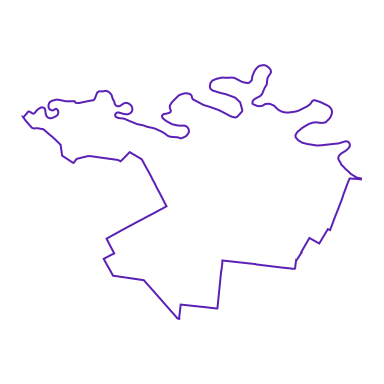 Gherghita, Prahova, Romania (Albers equal-area conic projection)
{"feature_id": "2599482B3655847056384", "entity_name": "Gherghita", "entity_type": "district", "adm_level": 2, "iso_a3": "ROU", "parent_name": "Romania", "parent_adm1": "Prahova", "projection": "albers", "projection_center": [26.262, 44.787], "detail": "fine", "context": "isolated", "style": "outline", "palette": "violet", "viewbox_px": 384, "rotation_deg": 0, "n_neighbors": 0, "source": "geoboundaries", "source_scale": "gbopen_adm2", "svg_char_len": 5883}
<svg xmlns="http://www.w3.org/2000/svg" viewBox="0 0 384 384"><path d="M360.9,179.4L361.0,178.4L358.9,178.0L356.6,177.5L350.9,174.0L348.0,171.1L345.3,168.8L343.2,166.4L341.4,164.8L340.4,162.5L339.3,160.9L338.4,159.2L338.3,157.6L339.0,155.7L341.2,153.5L345.5,150.9L348.6,148.2L349.9,146.0L349.8,144.5L349.6,143.7L348.9,142.5L347.4,141.4L345.6,141.3L338.5,143.4L320.0,145.4L316.6,145.5L311.3,144.6L307.7,144.1L302.5,142.8L298.2,140.3L295.7,137.3L295.4,135.5L296.3,133.6L297.5,131.9L301.8,128.2L305.6,125.8L309.4,123.7L313.5,122.5L316.3,122.3L320.3,122.9L322.9,122.9L325.3,122.4L326.1,121.9L329.5,118.5L330.8,116.5L331.8,113.7L332.0,111.5L331.5,109.5L329.9,107.1L327.7,105.6L320.3,102.0L318.6,101.5L314.4,100.1L312.5,100.8L310.2,104.1L307.1,106.4L298.5,110.7L295.8,111.5L292.0,112.1L287.7,112.6L284.4,112.3L282.0,111.7L279.5,110.5L277.6,109.2L276.1,107.7L274.1,105.7L270.7,104.2L268.5,103.7L265.0,104.1L263.6,105.1L261.8,105.9L259.7,106.2L258.1,106.1L257.0,105.9L256.5,105.6L255.5,105.2L252.9,104.1L252.4,103.3L252.6,101.3L253.7,99.8L254.9,98.9L260.4,95.9L262.0,94.2L264.6,88.0L266.8,84.4L267.0,81.5L267.5,78.0L268.6,76.1L270.6,73.2L271.0,72.0L270.7,70.2L269.5,68.3L267.8,66.8L266.5,65.9L264.6,65.2L263.3,65.1L259.6,65.8L258.9,66.2L256.9,67.8L255.3,69.9L254.0,72.1L252.3,76.4L251.8,80.1L251.3,80.7L250.1,82.0L248.8,82.9L247.5,83.0L244.4,82.5L241.7,81.7L234.2,77.8L231.3,77.6L226.7,77.8L221.9,77.6L216.2,78.9L212.4,80.6L210.4,83.0L209.8,87.0L210.6,88.9L212.5,90.5L221.0,93.1L225.6,94.1L235.1,97.6L237.2,99.5L240.2,102.4L242.3,110.1L242.0,111.5L237.4,116.6L235.5,117.5L232.3,116.9L230.1,116.0L222.8,112.1L218.5,110.0L209.9,106.9L203.6,105.0L192.9,99.3L192.1,98.0L191.8,96.2L191.3,95.3L190.5,94.4L188.7,93.6L185.1,93.2L181.9,94.1L178.9,95.3L174.1,100.0L171.5,102.8L169.9,105.6L169.8,107.6L170.4,109.7L170.9,110.9L170.3,112.3L169.2,112.8L166.7,113.6L163.6,114.1L162.3,115.2L162.0,116.6L162.8,118.3L166.2,121.0L172.3,124.3L174.6,124.8L178.0,125.5L180.3,125.7L182.8,125.6L184.8,125.7L186.4,126.4L187.7,127.6L188.5,128.9L188.9,130.4L188.9,131.3L188.9,132.2L187.4,134.7L185.8,136.3L181.8,138.2L180.0,138.2L177.7,137.3L170.6,136.8L168.2,136.0L166.8,135.1L164.8,133.5L161.6,131.6L156.0,129.0L153.4,128.1L147.1,126.8L143.4,125.4L137.1,124.1L128.3,120.5L124.9,119.0L123.3,118.5L119.8,118.2L118.3,118.0L115.9,116.9L115.2,115.9L115.2,114.7L116.0,113.3L116.8,112.7L118.4,112.4L124.3,114.1L127.5,114.3L129.1,113.8L131.1,112.6L132.1,111.0L132.4,109.3L132.1,107.2L131.0,105.3L129.7,104.2L128.0,103.2L125.8,102.8L123.2,103.7L121.5,105.0L119.7,106.1L117.8,106.3L115.8,105.5L114.7,103.7L114.1,101.1L112.9,99.4L111.5,94.8L109.5,92.5L107.6,91.3L105.7,90.8L102.8,91.4L100.2,91.3L98.8,91.4L97.2,92.6L94.8,98.7L93.5,100.2L89.0,100.9L78.7,103.1L75.7,102.8L74.5,101.2L65.6,101.3L64.4,101.0L61.8,100.4L59.2,99.9L57.7,99.7L56.1,99.7L53.2,100.4L51.8,100.9L50.3,101.7L49.4,102.7L48.9,103.8L48.6,104.8L48.5,105.6L48.5,106.2L48.6,107.2L48.8,108.1L49.3,108.8L50.4,109.8L51.9,110.3L52.9,110.4L53.6,110.2L54.5,109.6L55.2,109.0L55.8,108.9L56.3,108.9L56.8,109.1L57.4,109.6L58.1,110.8L58.3,111.7L58.2,113.0L58.1,113.8L57.7,114.7L56.8,115.6L55.9,116.3L53.8,117.3L52.6,117.8L51.2,118.2L50.0,118.3L49.1,118.0L48.4,117.8L47.8,117.5L47.3,117.0L46.5,116.0L46.1,115.2L45.8,114.5L45.6,113.0L45.3,110.3L45.0,109.2L44.5,108.3L43.9,107.8L42.5,107.4L41.4,107.4L40.5,107.7L38.5,108.9L37.8,109.4L37.0,110.1L35.9,111.5L35.3,112.3L34.2,113.3L33.5,113.7L33.2,113.7L32.7,113.5L31.5,112.9L30.4,112.0L29.6,111.7L28.6,111.5L28.0,111.8L26.8,113.4L24.6,115.9L23.5,117.0L23.0,116.9L25.6,120.6L29.9,125.5L31.8,127.7L33.6,128.4L34.2,128.5L34.9,128.4L35.9,128.2L36.6,128.2L38.2,128.3L39.0,128.5L40.2,128.7L41.7,129.0L42.2,129.0L43.1,129.1L43.8,129.7L45.3,130.9L46.5,131.9L48.1,133.4L49.1,134.2L50.1,135.0L50.7,135.6L51.7,136.2L52.6,137.1L56.9,141.1L60.6,144.8L61.7,152.7L62.1,155.6L72.7,162.6L72.9,162.6L73.6,162.9L74.9,161.2L76.6,158.9L79.8,158.1L87.9,156.1L89.3,156.1L89.5,156.1L91.8,156.3L95.8,156.9L98.7,157.3L110.8,159.0L114.1,159.4L117.3,159.9L117.9,160.0L120.6,161.3L124.2,157.8L129.4,152.4L129.8,152.1L130.1,152.3L132.6,153.9L135.6,155.6L136.6,156.2L138.3,157.2L140.2,158.4L141.5,159.1L141.6,159.3L141.9,159.6L142.8,161.3L146.2,167.5L149.2,172.9L151.1,176.5L151.3,176.9L151.4,177.0L151.5,177.4L151.7,177.7L152.3,178.9L152.6,179.6L153.1,180.6L153.3,180.9L153.7,181.4L154.0,182.1L154.5,182.8L154.7,183.4L154.9,183.7L155.1,184.1L155.3,184.5L155.6,185.2L156.1,186.4L157.3,188.7L158.1,190.1L159.1,192.0L159.6,192.8L159.9,193.5L160.7,195.0L161.5,196.6L162.4,198.3L164.4,202.3L166.5,206.3L163.8,207.8L157.6,211.1L155.5,212.3L152.3,214.0L150.1,215.1L146.1,217.2L143.8,218.5L141.9,219.5L139.1,220.9L128.3,226.7L120.4,231.0L118.6,232.0L118.2,232.2L106.6,238.6L106.9,239.4L108.6,242.6L109.6,244.7L111.3,247.9L113.7,252.4L114.2,253.4L112.6,254.3L112.0,254.5L109.3,255.9L105.3,258.0L103.7,258.9L105.3,261.8L106.9,264.7L110.5,271.0L113.0,275.7L143.8,280.2L144.4,280.8L145.8,282.5L150.3,287.5L155.5,293.4L170.8,310.8L176.9,317.7L177.3,318.1L178.0,318.6L178.7,318.9L179.2,318.9L179.3,318.9L179.4,318.7L179.1,318.3L180.7,304.6L186.8,305.2L192.1,305.8L195.8,306.2L196.0,306.2L196.5,306.2L196.6,306.3L198.7,306.5L199.5,306.6L202.9,306.9L216.5,308.5L217.0,308.5L217.4,308.4L218.3,299.9L218.3,299.4L218.4,298.8L221.2,270.7L221.4,270.5L221.5,269.8L221.6,268.9L221.7,268.2L221.8,267.5L222.0,265.7L222.2,264.3L222.4,260.5L255.5,264.1L255.9,264.4L274.0,266.6L284.8,267.9L285.0,267.9L287.2,268.1L290.4,268.4L293.0,268.8L294.5,268.8L294.9,268.6L295.1,268.4L295.6,263.9L295.8,262.7L296.0,260.9L296.1,260.4L296.3,260.6L301.6,252.5L301.2,252.2L309.4,238.0L319.2,243.5L319.6,242.9L327.9,229.1L330.1,230.1L335.7,215.0L335.8,214.9L335.9,214.7L338.7,207.7L339.1,206.5L341.0,201.6L341.9,199.2L343.1,195.6L343.3,194.8L347.9,182.5L348.7,180.6L349.3,179.5L349.5,178.6L350.6,178.4L352.0,178.7L355.5,178.8L359.1,179.1L360.9,179.4Z" fill="none" stroke="#5b21b6" stroke-width="2"/></svg>